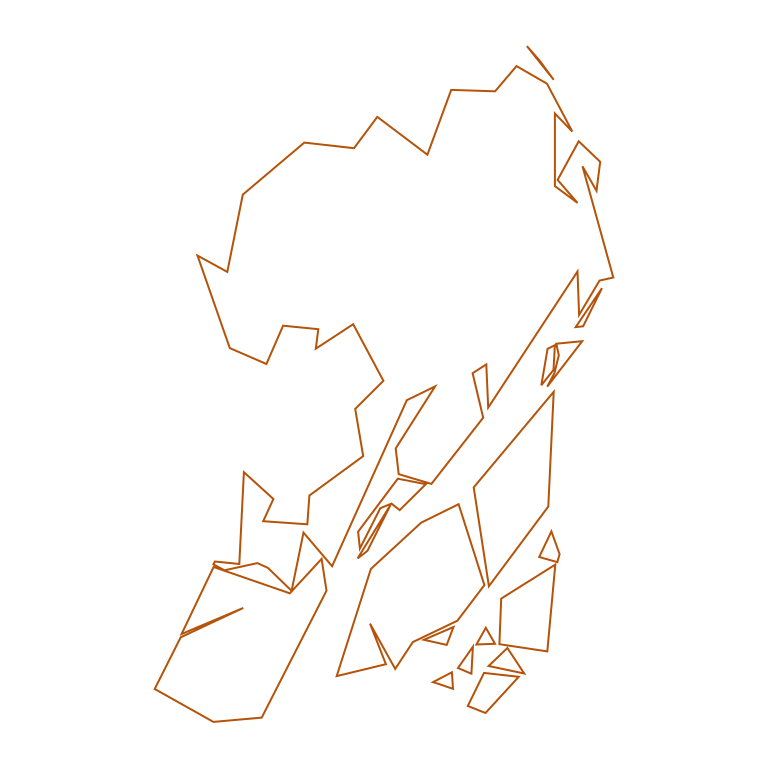 Patuakhali, Barisal, Bangladesh
{"feature_id": "16705992B49808088196813", "entity_name": "Patuakhali", "entity_type": "district", "adm_level": 2, "iso_a3": "BGD", "parent_name": "Bangladesh", "parent_adm1": "Barisal", "projection": "orthographic", "projection_center": [90.354, 22.181], "detail": "medium", "context": "isolated", "style": "outline", "palette": "amber", "viewbox_px": 768, "rotation_deg": 0, "n_neighbors": 0, "source": "geoboundaries", "source_scale": "gbopen_adm2", "svg_char_len": 1936}
<svg xmlns="http://www.w3.org/2000/svg" viewBox="0 0 768 768"><path d="M214.9,561.5L213.4,564.4L224.5,570.3L257.4,563.1L267.8,567.8L291.6,590.8L303.5,532.6L332.1,566.2L406.8,400.2L435.1,386.4L395.7,448.4L398.7,474.2L431.4,483.9L483.2,417.7L472.6,373.2L486.3,364.4L488.2,407.6L577.5,271.5L579.1,314.9L599.5,280.6L613.3,277.5L582.5,166.3L596.5,190.8L600.2,161.8L578.7,141.3L557.6,179.9L577.5,202.9L554.9,186.1L554.9,113.5L572.3,131.6L547.0,83.7L516.5,66.1L495.1,91.3L451.2,89.9L427.4,154.7L377.3,116.9L354.0,148.2L304.3,142.6L242.8,194.6L227.3,271.9L197.5,255.6L229.8,348.1L266.4,364.0L283.1,325.7L318.3,329.2L315.8,348.7L353.2,324.2L383.4,380.8L355.2,408.9L363.2,456.1L309.4,495.5L307.3,524.3L263.2,521.2L273.4,499.0L243.9,472.2L239.3,564.0L214.9,561.5ZM326.5,590.7L321.6,558.9L289.8,593.3L213.6,567.0L181.6,634.0L243.3,607.9L180.7,637.3L154.7,689.0L213.4,721.9L261.7,717.6L326.5,590.7ZM484.4,585.1L458.6,504.2L421.1,522.7L370.9,568.9L336.7,676.1L385.9,664.2L370.0,623.6L395.2,668.9L412.8,642.1L457.4,620.7L484.4,585.1ZM553.7,391.8L473.7,487.4L488.9,586.2L548.3,506.5L553.7,391.8ZM555.3,564.6L501.2,598.6L499.4,644.2L547.3,651.4L555.3,564.6ZM518.7,676.8L484.0,672.9L467.8,706.0L485.5,713.0L518.7,676.8ZM399.7,510.1L425.8,484.2L397.8,478.7L358.1,531.7L359.9,548.5L380.3,508.2L391.5,503.6L399.7,510.1ZM582.2,341.2L556.3,343.7L558.8,355.3L554.4,373.2L547.2,386.7L582.2,341.2ZM524.2,673.5L507.4,648.0L488.6,666.0L524.2,673.5ZM367.4,550.9L390.6,504.8L357.6,558.4L367.4,550.9ZM423.9,639.8L446.7,644.9L453.5,627.0L423.9,639.8ZM551.4,531.4L539.2,557.0L557.3,562.1L559.6,554.2L551.4,531.4ZM553.7,79.8L539.6,60.6L526.9,46.1L553.7,79.8ZM433.0,682.1L453.0,688.8L451.9,672.3L433.0,682.1ZM476.4,644.5L495.0,643.8L485.8,627.8L476.4,644.5ZM458.0,668.0L471.4,673.7L472.9,646.7L458.0,668.0ZM583.1,326.3L602.0,288.1L575.7,327.1L583.1,326.3ZM541.3,385.3L553.5,369.9L554.9,345.2L547.6,348.8L541.3,385.3Z" fill="none" stroke="#b45309" stroke-width="2"/></svg>